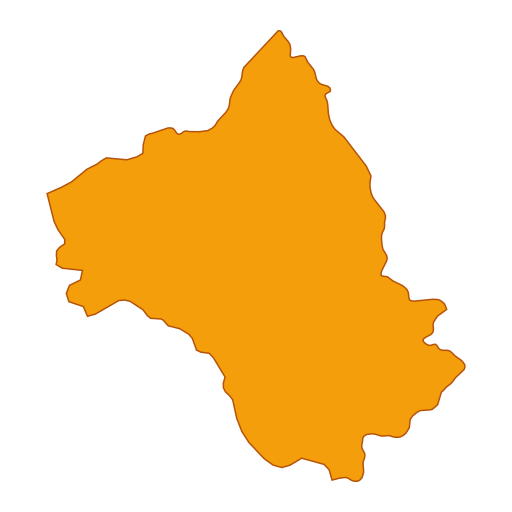 outline of Aveyron
{"feature_id": "FRA-5272", "entity_name": "Aveyron", "entity_type": "Metropolitan department", "adm_level": 1, "iso_a3": "FRA", "parent_name": "France", "parent_adm1": "", "projection": "mercator", "projection_center": [2.826, 44.313], "detail": "fine", "context": "isolated", "style": "filled", "palette": "amber", "viewbox_px": 512, "rotation_deg": 0, "n_neighbors": 0, "source": "natural_earth", "source_scale": "10m", "svg_char_len": 3318}
<svg xmlns="http://www.w3.org/2000/svg" viewBox="0 0 512 512"><path d="M126.7,159.8L136.7,156.9L142.9,153.3L143.2,144.9L145.5,135.9L149.6,133.8L152.0,133.4L167.9,128.0L170.8,127.9L173.3,128.6L174.9,130.5L176.1,132.4L178.1,134.2L179.7,134.2L181.4,133.4L183.6,131.7L185.3,131.1L186.8,131.1L189.7,131.6L199.5,131.7L207.8,130.6L212.2,128.2L215.0,125.6L217.8,121.0L225.7,112.5L227.2,110.4L228.4,108.2L229.2,105.8L230.1,98.8L230.8,96.6L233.7,90.3L239.7,82.1L241.2,79.3L241.8,77.0L242.4,72.2L242.9,69.9L243.9,67.4L278.3,30.7L280.3,30.9L281.7,32.3L282.8,34.7L284.3,37.0L287.9,41.2L289.5,43.6L290.3,46.1L290.6,48.6L290.6,50.9L290.2,55.5L291.0,57.1L292.7,57.6L300.3,55.9L302.6,55.7L303.9,56.0L305.0,56.6L307.9,62.4L313.3,69.1L314.6,71.6L316.4,79.0L317.6,81.2L319.3,83.1L321.5,84.4L327.3,86.1L328.6,86.8L330.0,88.2L330.5,89.9L330.0,91.6L327.6,92.8L325.7,94.1L324.9,95.9L325.8,98.1L326.9,100.5L327.5,102.9L327.8,105.3L328.3,112.7L328.7,115.1L329.8,120.0L331.9,124.8L333.4,127.1L335.1,129.4L343.9,136.9L366.2,166.0L370.9,175.8L370.7,178.3L370.2,180.5L370.0,183.6L370.0,187.3L371.2,193.2L372.5,196.6L374.1,199.2L384.0,211.9L385.3,215.3L385.5,218.0L384.9,220.4L384.5,223.1L384.6,226.4L384.1,229.1L382.9,231.4L381.9,233.8L381.5,236.1L381.5,238.9L382.0,244.8L382.9,249.2L386.6,255.5L387.2,258.2L386.7,260.7L382.1,270.0L381.2,272.4L381.0,275.1L382.3,276.1L387.3,276.7L392.9,280.9L401.9,285.3L404.2,286.9L406.9,289.5L408.1,292.0L408.6,294.7L408.8,297.2L409.5,299.9L411.4,300.8L413.6,301.2L432.6,299.3L437.3,299.5L439.8,300.2L442.2,301.8L444.7,304.2L446.7,309.4L446.6,309.5L437.5,316.1L433.6,322.1L433.0,324.5L433.5,329.5L432.8,332.5L430.8,334.6L425.8,337.2L423.3,339.1L423.1,341.0L424.3,342.6L426.3,344.1L428.4,345.2L430.6,345.4L432.9,344.6L435.1,344.2L436.9,345.4L438.3,347.9L440.1,349.5L442.1,350.3L446.9,350.3L449.1,350.7L451.2,352.0L454.8,355.7L461.1,360.2L463.0,362.1L464.8,364.9L464.9,367.2L464.3,369.1L463.8,369.8L463.6,370.0L455.4,377.8L452.5,381.8L450.7,383.7L446.1,387.3L443.5,390.3L441.4,392.2L437.6,404.7L432.4,409.3L430.6,409.8L420.1,410.6L416.6,412.6L412.4,416.1L410.5,419.0L409.8,421.7L409.7,424.6L409.2,428.0L406.0,433.0L403.3,435.4L400.5,436.8L398.1,437.3L395.9,437.3L393.7,437.0L389.9,435.8L388.6,435.6L382.3,436.1L380.2,435.7L375.2,434.2L371.8,433.8L366.5,434.5L363.9,436.2L362.7,438.4L362.6,440.6L361.8,445.0L361.8,447.3L362.6,449.6L363.9,451.8L364.9,454.2L364.8,456.5L364.3,458.8L363.4,461.1L363.0,463.6L363.5,469.0L363.6,472.3L362.2,477.3L360.2,479.8L357.9,481.1L355.5,481.3L353.3,481.0L351.3,480.2L348.4,478.4L346.5,477.6L344.4,477.5L339.3,478.2L332.1,480.1L329.1,469.7L324.1,464.4L301.7,458.2L290.0,465.2L281.9,467.5L273.1,465.1L264.2,458.7L249.0,442.6L241.8,431.4L236.7,418.2L232.7,399.8L229.4,395.5L225.5,391.9L223.4,387.8L223.3,383.0L225.1,377.1L213.4,357.7L209.2,353.3L200.9,352.2L196.3,350.0L196.0,348.5L192.3,338.4L188.8,334.2L179.7,328.7L168.2,325.8L163.3,320.2L161.2,319.0L150.7,318.3L147.2,315.4L143.0,309.8L130.3,301.4L124.7,300.0L118.7,300.6L95.3,314.1L87.5,316.3L84.2,308.6L83.4,306.6L68.9,301.7L66.3,293.5L69.5,285.3L80.4,280.0L82.5,270.4L62.2,268.2L56.1,264.5L57.0,260.2L56.4,255.5L56.6,251.1L59.5,247.4L64.7,243.8L64.8,239.5L58.0,229.7L54.1,221.5L47.1,193.6L61.4,187.3L71.5,181.9L87.0,169.2L97.1,164.1L101.6,160.6L106.4,157.9L126.7,159.8Z" fill="#f59e0b" stroke="#b45309" stroke-width="1.5"/></svg>